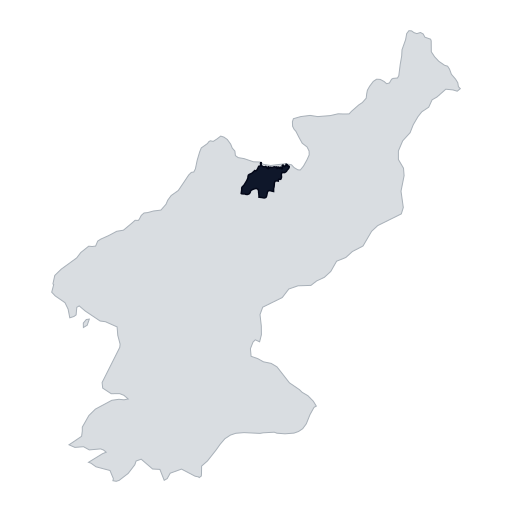 location of Kim Jong Suk, Ryanggang, North Korea
{"feature_id": "82179303B38572973441712", "entity_name": "Kim Jong Suk", "entity_type": "district", "adm_level": 2, "iso_a3": "PRK", "parent_name": "North Korea", "parent_adm1": "Ryanggang", "projection": "orthographic", "projection_center": [127.758, 41.268], "detail": "fine", "context": "in_parent", "style": "filled", "palette": "ink", "viewbox_px": 512, "rotation_deg": 0, "n_neighbors": 0, "source": "geoboundaries", "source_scale": "gbopen_adm2", "svg_char_len": 7060}
<svg xmlns="http://www.w3.org/2000/svg" viewBox="0 0 512 512"><path d="M316.3,406.1L314.0,407.4L310.0,414.6L306.3,423.8L302.7,428.7L298.5,431.5L294.0,433.1L285.0,433.8L276.9,433.2L274.3,432.2L263.2,432.8L260.0,433.4L244.0,432.6L235.7,433.3L230.4,435.1L224.9,438.7L220.2,444.2L216.0,450.1L207.5,460.9L201.6,466.1L201.5,473.7L201.3,476.0L199.2,477.6L198.5,476.9L195.1,476.2L181.5,469.1L170.2,473.2L167.2,478.6L164.2,480.3L159.9,469.4L152.6,469.0L141.2,459.2L136.1,461.0L134.8,464.8L128.2,473.4L119.1,480.4L116.2,481.3L112.9,480.7L113.4,478.7L110.0,470.5L96.0,466.8L91.0,463.2L88.5,462.3L102.5,453.7L106.2,452.2L103.5,450.0L100.6,448.9L89.3,449.9L83.5,446.7L74.9,447.4L69.0,444.8L81.6,436.3L82.3,431.1L82.3,427.1L88.9,415.5L95.4,409.1L111.8,400.3L118.9,399.3L124.0,399.8L128.2,399.0L123.9,395.3L119.6,393.6L111.2,393.7L102.7,388.1L102.1,382.5L119.8,347.3L120.1,344.1L117.8,335.4L117.1,326.9L105.4,321.7L100.1,321.0L85.2,311.0L79.2,305.9L76.8,307.3L76.1,314.9L73.9,316.5L69.8,317.8L68.1,309.1L65.0,302.7L55.2,295.9L51.7,292.2L53.7,284.6L52.9,283.9L54.8,275.4L61.3,269.1L76.7,257.9L80.8,252.5L88.7,246.2L92.1,246.5L95.6,246.1L96.8,243.3L97.7,241.1L100.8,239.1L108.2,235.8L116.7,231.3L123.4,230.2L131.7,223.3L135.1,220.3L138.4,220.4L139.4,219.0L141.3,215.4L144.0,213.0L147.6,212.6L153.5,211.0L160.9,210.1L166.0,204.3L167.8,200.1L171.2,195.5L178.3,190.5L183.3,183.1L188.7,175.0L191.3,172.4L193.8,172.0L195.4,168.9L197.2,160.2L199.7,151.8L201.3,147.9L207.4,143.6L209.0,141.5L210.4,140.8L213.2,141.4L217.1,138.9L220.7,136.1L223.9,137.1L227.3,139.5L230.7,144.2L232.2,148.0L234.9,151.1L235.4,155.6L238.1,157.6L244.0,158.6L253.5,161.8L259.7,162.0L263.2,164.3L270.7,165.5L285.4,163.7L291.5,164.8L294.1,167.6L297.8,169.8L300.3,170.0L303.5,166.1L307.0,159.8L309.2,154.9L309.1,151.1L307.1,147.0L302.2,143.2L299.0,137.4L295.9,131.3L294.1,129.3L292.6,126.3L292.4,121.8L293.4,118.7L300.7,116.6L310.1,115.4L317.7,116.6L330.3,115.6L338.1,113.8L343.8,114.0L349.1,113.9L351.5,111.3L358.8,104.9L362.3,102.6L366.2,98.2L366.7,93.8L367.4,90.2L369.6,86.3L373.3,81.4L376.6,79.2L380.2,79.4L384.1,81.5L386.6,83.7L389.4,83.0L391.6,79.2L393.1,78.4L397.5,78.0L398.8,75.7L400.2,64.6L401.7,55.9L402.0,49.8L405.6,39.7L406.7,33.6L408.9,30.7L411.6,30.9L413.9,32.6L416.8,33.6L420.5,32.5L423.2,34.0L424.9,37.2L430.6,39.2L431.2,40.9L431.3,51.8L434.6,56.8L438.8,61.3L444.6,65.3L447.6,66.2L449.5,69.1L451.4,74.3L455.6,79.2L457.8,82.8L458.4,86.6L460.3,88.7L457.2,91.2L452.9,89.9L445.8,89.2L437.0,97.0L432.1,99.8L428.7,107.2L421.8,111.8L418.0,116.6L413.2,124.8L410.1,132.7L402.7,140.8L398.4,150.9L398.4,159.5L403.5,168.2L404.1,175.7L401.0,191.2L403.3,207.5L401.3,213.9L377.7,225.6L371.6,231.3L363.0,246.0L352.4,251.5L345.8,257.5L336.6,261.2L330.8,271.4L324.4,277.3L316.7,280.9L310.9,285.4L298.0,285.8L288.8,289.0L282.3,297.5L262.7,307.2L260.0,314.6L261.3,326.0L261.4,334.7L259.6,341.8L255.3,339.8L253.0,342.1L250.4,348.7L251.1,356.3L257.9,358.7L263.4,361.8L271.2,363.4L277.0,366.9L289.4,382.8L299.5,389.7L302.1,392.3L307.9,395.7L313.3,401.2L316.3,406.1ZM87.2,325.2L83.4,327.5L83.3,323.1L86.3,319.5L89.3,319.1L87.2,325.2Z" fill="#d9dde1" stroke="#a8b0b8" stroke-width="1"/><path d="M241.2,193.5L241.5,193.7L241.9,193.8L243.3,193.9L244.1,193.9L244.6,193.9L245.5,194.2L245.9,194.4L247.3,194.5L248.5,194.1L249.4,193.6L250.0,192.7L250.2,192.3L250.4,191.8L250.4,191.4L250.6,191.0L250.9,190.6L251.3,190.2L252.6,189.5L253.9,189.0L255.2,188.6L256.1,188.5L256.5,188.5L257.3,188.9L257.8,189.2L258.1,189.6L258.3,190.1L258.6,191.0L258.6,192.3L258.8,193.6L258.9,195.2L259.0,195.7L259.0,196.6L258.9,197.1L259.8,197.3L261.6,197.5L263.8,197.9L264.6,197.9L265.5,197.6L266.0,197.3L266.2,196.9L266.6,196.0L267.4,192.2L267.6,191.8L267.8,191.4L268.2,191.0L268.6,190.7L269.0,190.6L270.4,190.7L272.1,191.2L273.6,191.5L273.6,188.6L273.8,187.9L274.1,186.7L274.1,186.0L274.3,184.9L274.3,183.5L274.8,181.6L275.6,180.9L277.1,180.9L278.3,181.1L278.3,180.2L278.8,179.3L280.7,179.3L281.1,178.6L281.5,177.4L281.5,176.3L281.3,174.9L281.5,173.7L282.2,172.3L283.0,172.6L284.7,172.6L285.1,172.3L286.4,171.4L286.8,170.7L287.4,169.8L288.3,168.9L289.1,167.7L289.1,167.3L289.1,167.0L289.2,166.6L289.2,166.4L288.9,166.1L288.7,166.0L288.5,165.9L288.2,165.9L287.8,165.9L287.6,166.0L287.3,165.9L287.2,165.9L286.9,165.8L286.9,165.7L287.0,165.4L287.1,165.2L287.2,164.9L286.9,164.9L286.7,165.0L286.5,164.9L286.5,164.7L286.5,164.3L286.4,164.2L286.2,164.2L286.2,164.3L286.0,164.5L286.0,164.8L286.1,165.1L286.0,165.3L285.9,165.4L285.7,165.6L285.4,165.7L285.2,165.8L285.0,166.0L284.9,166.2L284.9,166.3L284.8,166.5L284.7,166.7L284.4,166.6L284.3,166.4L284.2,166.2L283.9,166.0L283.8,166.3L283.7,166.3L283.4,166.3L283.2,166.1L283.0,165.9L283.0,165.7L283.3,165.4L283.2,165.1L282.8,165.1L282.6,165.1L282.4,165.3L282.3,165.5L282.2,165.6L282.2,165.8L282.3,166.1L282.3,166.3L282.3,166.6L282.3,166.9L282.3,167.1L282.3,167.3L282.2,167.4L282.2,167.5L282.2,167.8L282.3,168.0L282.5,168.2L282.5,168.3L282.4,168.6L282.0,168.9L281.9,168.9L281.6,168.8L281.5,168.7L281.4,168.5L281.3,168.4L281.2,168.1L281.1,167.9L281.1,167.7L281.0,167.4L280.9,167.4L280.8,167.2L280.7,167.2L280.4,167.3L280.0,167.3L279.8,167.4L279.8,167.5L279.7,167.6L279.7,167.9L279.7,168.0L279.8,168.2L279.8,168.3L279.7,168.5L279.4,168.5L279.1,168.3L279.1,168.2L279.0,167.9L278.9,167.9L278.9,167.7L278.7,167.4L278.6,167.2L278.2,167.0L277.8,167.1L277.5,167.2L277.4,167.3L277.3,167.5L277.2,167.7L277.2,167.8L277.2,168.2L277.3,168.4L277.3,168.5L277.2,168.5L276.9,168.5L276.7,168.1L276.7,167.9L276.7,167.5L276.7,167.4L276.6,167.2L276.4,166.9L276.2,166.9L276.0,167.1L275.9,167.2L275.8,167.3L275.6,167.3L275.4,167.3L275.3,167.2L275.2,167.1L274.9,166.9L274.6,166.8L273.9,166.9L273.8,167.0L273.4,167.1L273.0,167.2L272.9,167.3L272.8,167.5L272.6,167.6L272.4,167.6L272.2,167.6L271.9,167.5L271.6,167.5L271.4,167.5L271.3,167.4L271.1,167.4L270.9,167.3L270.8,167.2L270.6,167.2L270.4,167.2L270.2,167.2L270.1,167.3L269.9,167.4L269.9,167.5L269.8,167.8L269.7,167.8L269.4,167.9L269.2,167.8L269.2,167.7L269.1,167.4L269.0,167.2L268.8,167.0L268.7,167.0L268.6,166.8L268.5,166.7L268.4,166.7L268.1,166.8L268.0,167.0L268.1,167.4L268.2,167.5L268.4,167.7L268.7,168.0L268.8,168.1L268.9,168.3L268.8,168.5L268.6,168.6L268.3,168.7L268.2,168.7L267.7,168.6L267.3,168.3L267.2,168.2L266.9,168.0L266.8,167.9L266.7,167.8L266.4,167.3L266.4,167.2L266.2,166.9L266.0,166.5L265.9,166.4L265.7,166.4L265.5,166.5L265.4,166.5L265.2,166.6L264.6,166.8L264.4,166.9L264.1,166.9L263.9,166.8L263.7,166.8L263.5,166.7L263.4,166.7L263.1,166.7L262.8,166.6L262.7,166.6L262.3,166.3L262.2,166.2L261.9,165.9L261.8,165.7L261.7,165.6L261.5,165.4L261.4,165.2L261.3,164.9L261.2,164.7L261.1,164.2L261.1,163.8L261.1,163.5L261.1,163.4L261.2,163.2L261.3,163.1L261.3,162.9L261.3,162.7L261.2,162.6L260.8,162.6L260.7,162.6L260.5,163.3L260.5,163.8L260.7,164.5L260.5,165.4L259.8,166.3L258.8,166.3L258.4,167.0L257.9,168.2L256.9,170.0L255.8,171.0L254.8,170.5L253.1,172.1L251.8,173.3L250.5,173.9L249.3,174.4L248.4,175.1L248.0,176.5L248.0,177.4L247.5,179.0L246.6,180.9L244.1,185.0L241.9,187.3L241.7,188.5L241.7,189.9L241.2,193.5Z" fill="#0f172a" stroke="#020617" stroke-width="1.5"/></svg>